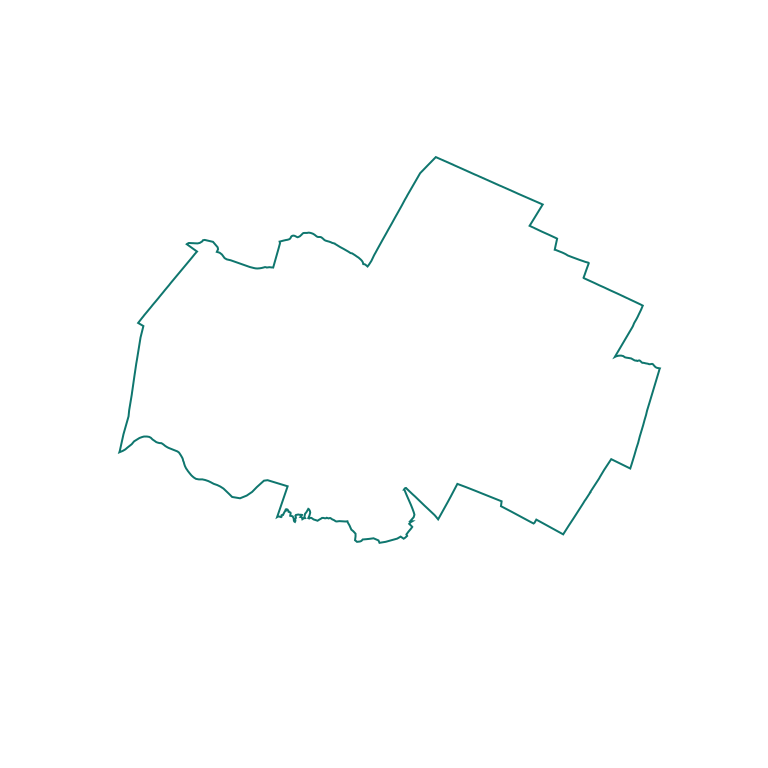 Vacaresti, Dâmbovita, Romania, rotated 330°
{"feature_id": "2599482B45717783963826", "entity_name": "Vacaresti", "entity_type": "district", "adm_level": 2, "iso_a3": "ROU", "parent_name": "Romania", "parent_adm1": "Dâmbovita", "projection": "robinson", "projection_center": [25.508, 44.844], "detail": "fine", "context": "isolated", "style": "outline", "palette": "teal", "viewbox_px": 768, "rotation_deg": 330, "n_neighbors": 0, "source": "geoboundaries", "source_scale": "gbopen_adm2", "svg_char_len": 6118}
<svg xmlns="http://www.w3.org/2000/svg" viewBox="0 0 768 768"><g transform="rotate(330 384 384)"><path d="M464.0,603.8L473.6,598.8L477.4,596.9L480.6,595.3L484.3,593.4L496.3,587.2L499.6,585.4L500.8,584.9L502.4,584.1L508.1,581.2L508.4,581.1L508.3,580.9L509.8,580.1L523.4,573.2L524.1,572.7L531.8,568.4L543.2,562.7L555.0,580.3L558.0,577.6L565.1,571.0L570.6,565.7L574.6,562.1L579.2,557.4L587.8,549.3L591.8,545.3L595.4,541.9L598.5,538.6L604.6,532.9L628.6,510.3L629.7,509.2L630.4,508.6L630.7,508.4L629.8,507.6L628.9,506.9L628.1,506.0L627.6,505.1L627.4,504.4L627.0,502.7L626.8,501.4L626.2,500.6L625.1,500.2L624.1,499.8L623.4,499.3L622.7,498.4L620.9,496.9L620.2,496.2L619.2,495.3L618.3,494.8L618.0,494.1L617.5,492.4L617.1,491.4L616.3,491.0L614.8,490.7L614.3,489.9L613.5,489.5L612.8,488.8L611.8,487.1L610.9,485.5L609.0,483.9L607.0,482.3L605.9,481.2L605.2,479.5L603.6,478.0L601.6,476.9L599.0,476.1L597.4,476.0L628.3,458.5L628.5,458.3L628.8,458.1L629.6,457.5L630.2,457.0L631.0,456.4L632.0,455.8L634.3,454.5L635.8,453.6L637.5,452.5L639.5,451.1L643.8,448.2L646.5,446.1L647.3,445.5L645.8,443.2L631.3,422.3L626.7,415.9L622.4,409.7L619.9,406.3L616.6,401.5L611.8,394.8L610.0,392.2L609.9,391.8L612.4,389.7L616.1,386.5L621.7,381.8L621.8,381.6L621.7,381.3L621.6,381.1L619.4,378.9L617.6,376.8L615.5,374.4L610.5,368.4L607.5,364.7L607.1,364.0L606.6,363.0L605.6,361.4L604.2,359.4L600.7,355.0L599.6,353.6L599.0,353.1L599.7,352.3L601.4,350.4L606.6,344.7L606.4,344.3L601.2,336.9L597.0,331.1L590.5,321.7L589.2,319.8L589.4,319.7L610.8,308.1L611.2,307.9L594.7,285.5L594.6,285.3L583.9,270.6L583.7,270.4L567.9,248.6L567.7,248.4L553.9,229.3L553.8,229.1L542.3,213.4L530.9,216.6L520.7,219.5L498.0,232.6L497.8,232.8L494.3,234.8L488.7,238.3L483.0,241.7L476.9,245.3L471.3,248.7L464.5,252.7L461.7,254.4L454.6,258.6L445.8,263.9L441.9,266.3L441.5,266.5L439.7,267.6L434.6,271.1L430.5,273.2L428.5,274.0L428.1,272.8L427.7,271.8L427.2,270.7L426.0,269.8L426.5,268.1L426.5,266.4L426.1,264.6L425.1,261.7L424.5,260.6L423.3,258.0L421.7,254.9L420.5,253.9L419.4,251.7L416.5,246.7L414.4,243.3L412.2,239.2L411.6,238.2L411.6,237.8L409.6,235.8L408.8,234.6L407.7,233.3L406.6,232.2L405.0,230.5L404.4,229.5L404.0,228.1L403.5,226.7L403.1,225.7L402.5,225.0L401.3,224.2L400.4,223.7L399.8,223.1L399.1,221.6L398.5,220.0L397.5,218.2L396.1,216.6L394.8,215.5L394.1,215.1L392.9,214.7L391.4,213.8L390.0,213.1L389.7,213.0L388.9,213.0L387.2,213.5L385.0,214.0L383.7,213.9L382.9,213.8L382.4,213.6L380.7,211.0L379.9,210.3L379.0,209.9L377.9,209.8L377.3,210.0L375.9,210.9L375.2,211.2L374.0,211.2L372.4,210.8L371.1,210.3L368.5,209.5L365.9,208.8L365.1,208.6L364.8,208.5L364.6,209.3L364.2,210.2L360.7,213.7L346.3,227.7L346.2,227.6L345.3,227.1L343.1,225.5L341.6,224.9L340.7,224.5L340.0,223.7L339.2,223.2L338.3,223.0L335.9,222.3L334.1,221.6L332.2,220.7L330.8,219.8L329.5,218.7L326.3,215.6L324.5,213.5L317.9,205.8L313.1,200.2L310.2,197.5L308.9,195.3L308.4,190.8L307.3,188.1L305.3,186.0L307.7,184.3L308.3,182.4L307.0,175.4L300.8,169.6L299.1,169.0L297.9,169.6L295.0,169.7L292.8,169.0L285.5,164.3L283.7,164.2L283.1,164.3L288.3,175.8L287.6,176.0L284.7,177.0L281.1,178.4L277.3,179.8L249.8,189.9L247.1,191.0L241.3,193.1L238.5,194.2L233.1,196.2L232.2,196.6L222.3,200.2L221.9,200.4L211.1,204.4L210.0,204.8L209.5,205.1L208.3,205.5L201.6,208.2L204.6,213.5L196.4,222.0L182.3,239.3L179.7,242.4L174.0,249.6L173.7,250.0L173.4,250.3L173.2,250.6L172.0,252.1L163.6,262.8L161.3,265.7L160.4,266.9L150.2,279.3L146.6,284.3L133.3,297.2L121.6,310.0L120.7,310.8L124.3,311.3L127.3,311.3L129.9,310.8L135.4,310.0L138.9,308.7L145.3,308.5L148.1,309.0L149.9,309.5L150.9,310.1L152.6,311.1L154.2,312.4L155.2,314.0L155.8,316.3L157.0,318.8L157.7,320.4L158.5,321.4L159.9,322.8L161.7,324.0L162.8,326.2L163.4,327.9L164.3,329.7L165.4,331.5L167.3,333.9L169.1,336.2L171.4,339.1L172.2,340.9L172.4,344.4L172.4,347.0L172.2,348.5L171.7,350.0L171.5,351.7L171.1,353.0L170.6,355.4L170.4,358.2L170.6,360.0L170.6,360.9L171.0,363.8L171.5,366.8L172.0,368.4L172.6,370.0L173.7,372.1L175.9,374.0L178.9,375.7L181.1,377.7L183.3,380.2L184.8,382.4L186.6,385.3L189.1,388.2L191.0,391.0L192.7,394.3L193.7,397.7L194.9,401.8L196.0,405.9L202.2,411.0L209.3,412.0L215.9,411.5L222.3,409.7L231.7,407.7L235.1,409.1L249.4,424.4L224.9,445.8L225.9,445.8L226.8,446.2L228.3,447.8L229.0,447.7L229.6,446.5L230.6,446.5L231.2,446.9L232.4,446.0L234.5,444.7L235.6,444.7L235.5,444.1L236.2,443.5L237.1,443.8L237.7,444.6L237.7,445.2L237.8,446.3L237.4,446.8L237.5,447.1L238.1,447.6L238.7,448.6L238.5,449.3L236.9,451.2L238.1,452.3L238.7,452.9L238.6,455.2L238.1,456.3L237.6,457.4L237.6,458.3L237.9,458.9L238.9,458.2L239.4,456.6L240.4,456.2L241.1,455.3L241.3,453.9L242.3,453.4L242.8,453.6L244.1,454.0L244.7,454.3L245.6,455.2L246.6,455.6L247.5,456.4L247.3,456.6L246.7,456.9L245.2,457.4L245.8,457.9L246.0,458.6L246.0,459.4L245.7,460.3L246.3,460.3L247.0,459.8L247.7,460.3L248.6,460.7L248.6,459.4L249.4,458.4L250.8,456.9L252.5,456.3L254.1,455.4L256.0,454.3L256.4,455.1L256.3,457.0L255.8,458.5L253.7,460.6L251.4,462.3L252.0,463.1L253.3,463.1L254.2,463.7L255.3,466.1L256.6,467.5L258.1,469.2L259.9,469.1L262.5,469.1L263.4,469.0L264.6,469.7L265.6,470.7L266.5,471.2L267.5,471.2L268.8,472.7L269.4,472.8L270.3,473.1L270.7,473.6L271.4,475.2L272.7,477.0L273.5,478.7L274.3,479.4L276.7,480.4L278.7,481.7L281.1,483.3L282.2,484.0L283.7,484.6L283.4,485.7L283.4,489.3L283.1,491.9L282.9,493.8L283.8,496.2L284.5,499.4L283.2,501.7L280.8,504.8L281.7,507.2L284.5,508.4L286.0,508.6L287.8,508.0L291.0,509.5L293.9,510.8L297.8,512.4L301.0,516.7L300.7,519.3L306.5,521.5L318.1,524.5L322.1,524.5L323.7,527.8L325.5,527.7L328.1,527.1L328.2,525.5L331.4,524.1L335.0,522.8L337.0,521.9L336.8,520.8L335.9,517.7L337.9,517.0L339.9,517.0L338.2,515.9L343.1,514.2L345.0,512.4L345.6,510.1L346.3,506.2L346.9,502.0L348.1,491.1L348.8,485.8L348.4,485.5L349.6,484.9L350.4,484.8L351.1,485.1L351.4,486.3L352.5,490.0L353.5,493.4L354.7,497.1L358.3,509.7L359.5,513.6L362.2,522.6L362.5,524.0L363.2,528.3L380.2,518.1L385.4,514.9L397.6,507.2L403.7,514.6L409.9,522.4L414.2,527.9L427.2,544.4L424.2,548.3L430.3,557.9L442.5,577.6L443.8,579.6L445.0,579.4L448.1,577.6L453.4,586.3L464.0,603.8Z" fill="none" stroke="#0f766e" stroke-width="2"/></g></svg>